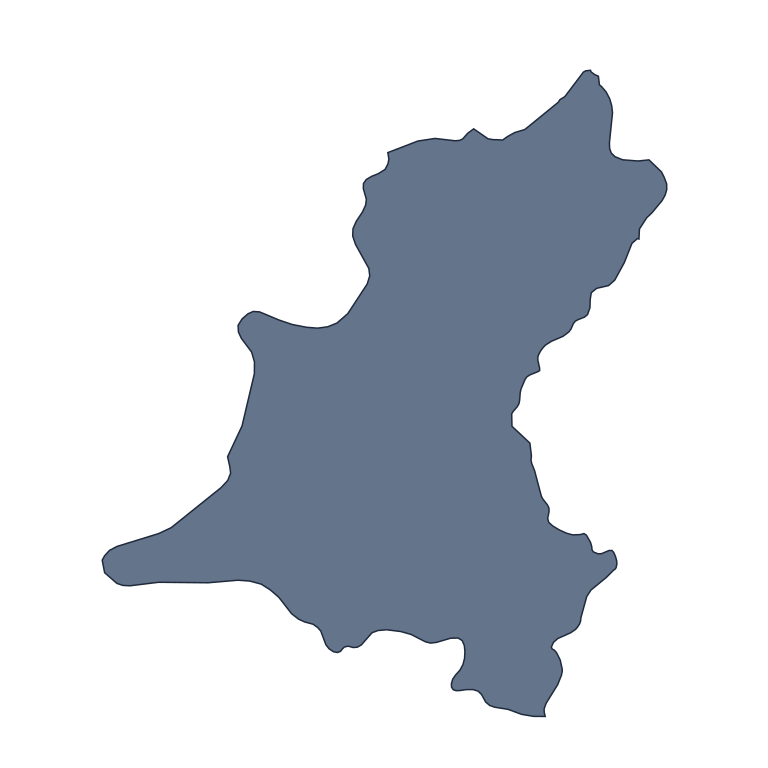 outline of Son La, rotated 273°
{"feature_id": "VNM-455", "entity_name": "Son La", "entity_type": "Province", "adm_level": 1, "iso_a3": "VNM", "parent_name": "Vietnam", "parent_adm1": "", "projection": "albers", "projection_center": [104.029, 21.308], "detail": "fine", "context": "isolated", "style": "filled", "palette": "slate", "viewbox_px": 768, "rotation_deg": 273, "n_neighbors": 0, "source": "natural_earth", "source_scale": "10m", "svg_char_len": 3196}
<svg xmlns="http://www.w3.org/2000/svg" viewBox="0 0 768 768"><g transform="rotate(273 384 384)"><path d="M405.5,538.7L404.3,536.9L400.7,529.2L398.7,526.4L396.1,524.7L386.2,521.1L382.5,520.5L374.7,520.3L371.4,519.8L368.5,518.4L363.3,514.4L360.9,513.1L348.5,514.0L332.6,532.8L319.9,535.0L315.8,534.8L312.3,535.7L305.4,538.9L279.9,547.1L277.1,548.9L271.9,553.5L268.8,555.2L265.3,555.5L258.3,554.5L254.4,555.8L251.1,559.9L247.4,566.8L244.5,574.3L243.2,580.3L243.9,587.9L245.1,591.5L243.7,594.0L236.7,598.5L232.4,600.0L229.4,600.4L227.3,601.8L225.6,606.7L226.0,610.2L229.5,617.4L229.7,620.4L227.7,622.3L223.9,624.2L219.7,625.6L216.5,626.0L212.7,625.4L211.2,624.5L210.1,623.0L202.5,616.2L189.1,601.5L182.4,597.6L161.0,592.9L157.4,592.7L154.5,591.8L151.7,590.2L149.0,588.2L145.3,583.4L139.0,571.0L134.8,566.7L130.0,564.9L128.2,565.8L127.1,568.1L124.7,570.4L117.6,574.4L117.0,574.6L108.2,577.0L106.3,577.0L102.6,576.5L92.9,573.2L73.4,562.5L67.8,560.9L64.6,561.2L60.4,562.4L60.4,561.2L59.9,550.9L61.3,538.7L65.6,524.8L67.0,511.6L68.5,506.4L71.7,502.2L79.1,497.6L82.2,494.0L83.5,488.9L83.1,482.0L81.9,476.2L81.5,472.1L82.3,469.2L84.8,467.3L88.4,467.0L92.9,468.1L97.3,470.8L102.2,474.8L107.9,477.5L114.2,478.8L121.0,478.8L127.0,477.9L131.9,475.5L134.2,471.3L133.6,463.8L128.7,449.9L127.7,444.2L128.7,438.9L135.3,424.2L137.7,413.6L138.7,399.4L137.5,390.9L135.0,385.1L122.2,375.0L119.8,371.2L119.2,367.1L120.3,362.0L119.3,358.2L117.2,356.3L114.7,354.5L113.4,351.5L114.0,347.5L116.8,342.9L120.6,339.6L134.0,333.8L137.4,330.4L140.4,325.7L142.2,317.3L144.7,311.0L149.7,303.8L165.4,290.2L172.3,281.4L177.7,271.9L180.2,260.1L180.4,248.4L176.3,218.8L174.2,169.3L169.2,140.9L169.2,133.7L170.9,127.7L180.9,114.9L193.3,111.8L197.7,113.9L203.4,118.5L207.9,126.0L222.8,166.7L229.4,179.0L272.0,226.7L279.5,233.0L286.9,235.5L293.1,234.4L303.2,231.6L334.6,244.4L387.5,254.0L399.2,253.5L409.0,250.1L422.2,239.1L428.3,235.9L434.9,235.2L441.6,238.9L447.0,244.5L449.6,249.6L449.5,256.0L442.3,276.1L438.6,289.4L436.6,303.7L436.3,314.7L438.2,324.8L442.4,333.8L452.3,344.1L483.0,362.0L491.3,364.1L498.6,362.8L521.8,348.3L530.1,345.0L537.5,344.9L544.9,347.7L554.5,353.4L561.7,356.3L567.6,356.7L578.1,353.1L583.1,353.0L587.3,355.6L590.9,361.1L593.7,367.2L598.3,373.8L603.9,376.4L608.9,377.1L615.3,375.7L628.4,405.1L631.9,422.1L630.6,442.6L631.3,446.9L632.9,449.8L638.8,454.5L643.5,460.2L634.3,475.1L633.7,480.8L633.9,483.5L633.8,489.6L637.8,494.7L642.0,501.5L645.5,511.3L674.5,543.3L677.2,544.8L680.4,549.5L705.9,566.8L707.3,569.0L708.1,573.8L706.6,574.4L704.1,578.0L702.6,582.0L694.0,583.5L692.5,585.6L687.3,590.5L680.6,594.5L674.0,596.8L666.9,598.0L636.6,596.5L631.0,597.0L626.5,598.9L623.1,602.8L620.4,610.6L620.0,626.0L621.7,636.9L610.3,650.0L605.1,653.0L598.6,655.8L592.9,656.2L587.4,654.9L581.7,652.1L569.2,642.8L563.8,637.7L552.2,631.0L542.1,631.0L542.5,629.5L537.5,624.3L517.7,617.6L499.8,609.0L494.0,603.1L490.7,591.4L486.0,586.2L478.9,585.5L470.9,585.7L463.9,583.6L461.3,580.8L458.4,574.4L456.6,571.6L453.9,569.8L448.5,567.8L445.6,565.8L441.0,560.3L435.4,548.9L431.3,543.2L428.7,541.0L425.6,538.9L422.2,537.2L419.0,536.2L415.8,536.4L408.0,538.6L405.5,538.7Z" fill="#64748b" stroke="#1e293b" stroke-width="1.5"/></g></svg>